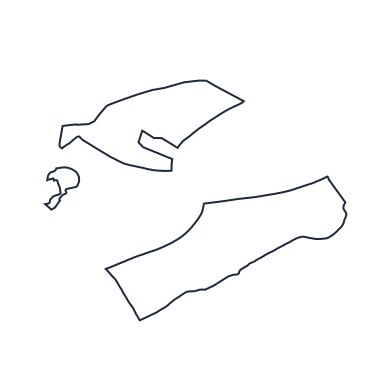 Wald Rabi', Al Bayda', Yemen, rotated 74°
{"feature_id": "15242507B62394973607201", "entity_name": "Wald Rabi'", "entity_type": "district", "adm_level": 2, "iso_a3": "YEM", "parent_name": "Yemen", "parent_adm1": "Al Bayda'", "projection": "equal_earth", "projection_center": [44.921, 14.611], "detail": "fine", "context": "isolated", "style": "outline", "palette": "slate", "viewbox_px": 384, "rotation_deg": 74, "n_neighbors": 0, "source": "geoboundaries", "source_scale": "gbopen_adm2", "svg_char_len": 5995}
<svg xmlns="http://www.w3.org/2000/svg" viewBox="0 0 384 384"><g transform="rotate(74 192 192)"><path d="M242.2,296.1L243.5,295.4L244.4,295.0L246.3,294.0L248.1,293.2L249.8,292.4L251.6,291.5L252.6,290.9L254.5,289.9L255.4,289.6L256.4,289.3L258.2,288.8L259.3,288.5L260.3,288.3L263.3,287.6L265.3,286.9L266.2,286.6L268.5,286.2L269.6,286.0L271.9,285.4L274.0,284.7L275.1,284.4L276.9,284.0L280.2,283.2L281.0,282.9L284.1,281.8L284.9,281.4L285.8,281.1L287.6,280.7L288.6,280.4L289.5,280.2L290.5,280.0L292.4,279.7L294.6,279.3L295.5,278.9L299.1,278.1L301.0,277.6L297.9,258.9L297.3,257.2L296.4,254.0L296.0,252.3L295.7,250.7L295.1,248.9L294.5,247.1L293.7,245.4L292.9,243.8L291.0,239.4L289.8,235.9L289.3,234.0L288.9,232.5L288.3,231.1L287.6,228.7L286.6,225.5L286.6,223.7L286.8,221.9L287.7,218.3L288.1,216.8L288.1,215.1L288.1,213.4L288.0,211.7L288.4,209.7L289.5,206.3L288.0,197.0L283.1,180.2L283.0,177.4L283.0,174.1L283.6,172.6L283.7,170.9L283.1,169.4L282.0,168.7L281.0,168.1L280.1,166.8L279.7,165.3L279.2,163.5L278.6,162.0L278.5,160.2L277.8,158.6L277.0,157.2L276.5,155.6L276.3,153.8L276.1,152.1L275.7,150.4L275.2,149.0L274.8,147.5L274.5,145.9L274.2,144.3L273.7,142.6L273.4,141.1L272.9,139.6L272.5,137.8L272.1,136.3L271.8,134.6L271.2,131.0L270.8,129.1L269.8,125.5L269.5,123.9L268.8,120.3L268.3,118.2L267.5,114.5L267.3,112.9L266.8,110.9L265.9,107.1L265.5,105.3L265.3,103.6L265.2,101.8L265.2,100.1L265.4,98.3L265.9,96.6L266.6,95.3L268.1,92.6L269.5,89.7L270.3,88.0L271.1,86.4L271.7,84.7L272.1,83.1L272.5,81.4L272.9,79.7L273.2,77.9L273.5,76.1L273.6,74.5L273.2,72.7L272.3,69.3L271.8,67.8L271.0,66.2L270.3,64.6L269.6,63.3L268.0,60.6L267.3,59.1L266.4,57.7L265.4,56.6L264.4,55.5L263.2,54.6L262.0,53.9L260.9,53.2L259.8,52.3L258.5,51.2L257.4,50.5L256.1,49.9L254.8,49.6L253.4,49.9L252.3,50.4L251.1,50.7L249.7,51.0L248.3,50.6L247.1,50.0L246.0,49.2L245.1,48.2L244.3,47.5L244.2,47.5L218.4,56.8L214.5,57.5L214.6,58.7L215.2,61.3L215.4,62.8L215.8,65.5L216.2,69.5L216.4,70.8L216.6,72.3L216.7,73.7L216.8,75.0L216.8,76.2L216.9,78.7L217.0,82.6L217.2,85.5L217.3,90.2L217.5,93.0L217.6,96.1L217.6,98.5L217.5,100.0L217.5,101.3L217.4,102.5L217.3,103.7L217.3,104.9L217.2,106.1L216.8,110.0L216.7,111.4L216.6,113.0L215.8,119.4L215.7,120.6L215.2,125.0L215.1,126.4L214.7,129.0L214.2,133.2L213.3,138.6L213.1,139.8L212.6,142.5L212.4,143.6L212.0,146.2L211.5,148.9L211.1,152.0L210.4,157.4L210.2,158.8L210.0,160.8L209.6,163.1L209.4,164.5L209.2,165.7L209.1,166.8L207.2,179.0L207.1,179.5L206.8,181.4L206.6,182.5L206.4,183.5L207.0,184.0L208.9,185.0L209.8,185.4L211.7,186.5L212.6,186.9L213.4,187.4L214.9,188.6L216.4,190.0L217.9,191.7L218.7,192.5L219.5,193.5L220.2,194.4L220.7,195.1L221.4,196.0L222.0,196.8L223.0,198.1L224.4,200.1L226.0,202.4L227.1,204.2L230.1,209.7L231.9,213.8L232.3,214.9L232.7,216.1L233.5,218.6L233.8,219.7L234.1,221.1L234.4,222.4L234.8,223.6L235.0,224.7L235.3,226.0L235.8,228.8L236.4,232.2L237.0,236.2L237.1,237.4L237.6,241.3L237.7,242.8L237.8,244.1L237.9,247.9L238.0,249.1L238.1,251.8L238.1,253.0L238.4,255.9L238.5,258.3L238.5,259.6L238.6,261.3L238.8,263.8L239.0,266.3L239.3,269.4L239.4,270.6L240.0,275.2L240.2,276.4L240.3,277.7L240.5,280.1L241.1,284.9L241.2,286.2L241.4,287.4L241.5,288.6L241.6,289.7L241.8,291.1L242.0,293.8L242.0,295.0L242.2,296.1ZM119.0,117.2L95.9,141.0L89.0,147.5L86.8,154.6L84.4,169.3L84.3,190.3L84.1,192.0L83.0,202.0L83.1,213.0L83.2,217.0L84.0,231.9L85.3,248.4L86.4,251.5L92.9,261.1L97.1,266.5L98.2,272.7L95.5,284.7L94.9,285.0L94.8,285.9L94.5,288.1L94.3,289.3L94.1,290.3L94.0,290.9L93.8,291.7L93.7,292.8L93.5,294.0L92.9,298.2L108.5,305.8L111.2,306.7L111.8,306.4L113.1,306.0L114.2,304.9L113.9,304.3L113.4,303.0L112.4,300.4L111.8,298.2L111.5,297.0L111.5,296.6L108.7,290.7L107.3,287.2L107.5,285.2L111.6,282.9L125.8,270.0L134.8,261.6L135.7,260.7L136.4,260.1L137.1,259.3L138.5,257.7L140.2,255.9L141.1,255.0L141.9,254.2L142.8,253.1L143.7,252.1L144.6,251.1L145.3,250.2L146.0,249.3L146.6,248.4L147.2,247.5L148.5,245.3L149.1,244.3L150.2,242.1L151.4,239.8L152.5,237.8L154.3,234.5L154.8,233.4L155.4,232.3L157.1,229.4L157.7,228.4L158.8,226.2L160.5,222.7L161.0,221.5L161.5,220.3L161.9,219.1L162.4,217.9L163.2,215.4L163.9,213.3L164.3,212.1L164.6,210.9L164.9,209.8L165.6,207.2L165.9,205.8L163.7,205.2L161.1,204.4L159.2,203.7L158.1,203.3L157.1,202.9L154.9,201.9L135.5,226.6L129.5,229.7L119.3,222.9L129.6,213.7L131.7,206.7L132.5,205.6L145.6,193.7L144.3,192.0L143.5,191.0L142.8,190.0L141.4,187.9L140.8,187.0L140.3,186.0L139.9,185.0L138.7,181.7L137.4,178.2L136.4,176.1L135.4,173.9L133.6,169.4L133.2,168.4L132.4,166.2L130.9,161.6L128.8,155.9L128.4,154.9L127.4,151.3L127.0,150.1L126.7,149.0L124.5,141.8L123.3,137.1L122.7,134.5L122.4,133.1L122.2,131.9L122.0,130.7L121.7,129.4L121.5,128.2L121.2,125.7L121.0,124.5L120.6,122.0L120.3,120.9L120.1,119.7L119.6,118.5L119.0,117.2ZM170.2,332.0L169.1,327.7L168.5,327.2L164.5,322.1L164.2,321.4L163.6,321.3L163.0,321.5L162.2,321.4L161.8,321.2L161.4,320.6L161.0,320.2L160.5,319.5L160.0,318.5L159.7,318.1L158.9,315.7L158.8,313.7L158.1,313.0L157.1,313.0L156.6,313.2L156.0,313.2L154.9,312.7L154.6,311.9L154.6,310.5L154.9,306.1L155.2,302.3L154.5,300.5L150.5,297.5L146.1,296.5L144.9,296.8L144.3,296.8L143.3,297.0L142.5,297.2L141.6,297.5L140.8,297.9L140.0,298.5L139.2,299.1L138.5,299.7L137.0,301.2L136.3,302.0L135.0,303.9L134.3,305.1L133.8,306.1L133.0,308.4L132.8,309.7L132.4,312.3L131.9,316.0L132.3,316.2L133.0,316.8L133.7,317.7L134.0,318.7L134.1,320.0L134.1,321.3L134.2,322.5L134.6,323.5L135.3,324.5L136.0,325.3L136.8,325.9L137.6,326.4L139.2,327.3L140.8,327.8L140.7,327.4L140.6,326.8L140.6,326.5L140.5,326.2L140.6,325.4L140.7,325.2L140.7,324.3L140.8,324.3L140.9,324.0L140.8,323.2L140.7,322.5L140.7,322.1L140.7,321.6L140.9,321.4L141.6,321.4L142.9,321.6L143.0,320.4L143.4,318.9L143.5,318.6L143.9,318.3L145.4,318.4L147.2,318.4L150.6,317.9L151.1,317.9L156.8,318.6L157.2,318.8L157.6,320.4L157.7,321.6L157.8,325.1L158.2,327.2L159.9,329.7L160.6,330.7L162.5,331.5L163.1,331.9L163.4,333.1L163.5,333.6L163.2,336.5L163.8,336.1L166.9,334.1L170.2,332.0Z" fill="none" stroke="#1e293b" stroke-width="2"/></g></svg>